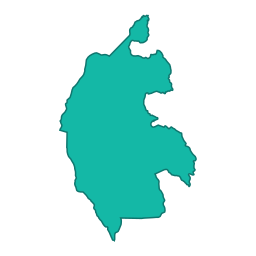 Cabanas, La Paz, Honduras
{"feature_id": "27666195B79825163063269", "entity_name": "Cabanas", "entity_type": "district", "adm_level": 2, "iso_a3": "HND", "parent_name": "Honduras", "parent_adm1": "La Paz", "projection": "natural_earth1", "projection_center": [-88.001, 13.995], "detail": "fine", "context": "isolated", "style": "filled", "palette": "teal", "viewbox_px": 256, "rotation_deg": 0, "n_neighbors": 0, "source": "geoboundaries", "source_scale": "gbopen_adm2", "svg_char_len": 5809}
<svg xmlns="http://www.w3.org/2000/svg" viewBox="0 0 256 256"><path d="M148.1,15.6L147.6,15.6L146.7,15.4L145.6,16.2L145.0,16.4L144.5,16.2L143.8,15.6L143.3,15.6L142.8,16.4L142.6,17.3L142.3,17.4L141.9,17.0L141.3,17.9L140.8,18.9L140.0,19.5L139.5,20.2L137.0,20.9L135.9,21.7L135.1,22.1L133.9,25.1L133.2,25.8L132.7,26.9L132.3,27.3L131.6,27.5L131.0,27.9L130.4,28.6L129.9,29.4L129.7,30.3L129.8,32.3L130.0,33.6L129.8,34.9L129.5,35.5L109.4,56.1L106.7,54.9L105.4,54.6L104.3,54.6L102.0,55.0L101.2,55.0L98.9,53.8L96.9,53.0L96.3,52.9L94.6,53.2L92.3,54.2L89.9,55.6L88.1,57.2L86.4,59.8L85.8,65.1L84.8,69.3L84.8,71.2L83.8,74.3L83.3,75.2L82.5,76.3L79.9,79.1L78.3,81.8L76.8,84.0L74.7,86.3L73.1,87.6L72.1,90.0L71.3,93.6L70.1,97.3L69.7,97.9L69.1,98.2L68.7,98.7L67.9,99.3L67.1,100.1L67.1,102.0L66.9,102.7L66.7,103.1L66.0,103.4L65.6,103.9L65.6,104.9L66.6,108.1L66.6,108.9L66.4,109.6L64.9,112.2L62.6,114.5L62.0,115.4L61.5,116.8L61.4,118.5L61.2,119.4L60.9,120.2L60.4,120.6L60.2,121.0L60.3,121.4L60.7,121.6L60.7,122.6L61.7,124.7L61.9,125.5L61.4,127.2L61.0,127.9L60.4,128.7L59.9,130.2L67.1,132.3L66.8,147.7L67.1,148.4L67.2,151.9L67.7,154.1L68.5,156.2L69.1,157.1L71.0,159.3L71.4,160.2L73.6,163.9L74.4,166.1L74.7,167.4L74.8,168.8L75.5,171.6L75.6,173.7L75.5,175.4L76.4,178.0L75.1,180.3L75.2,181.4L74.8,183.1L74.8,184.2L75.2,185.7L75.9,187.1L76.7,190.2L77.3,190.9L78.4,191.5L80.5,191.9L82.9,192.0L83.4,192.3L86.3,195.3L87.5,197.0L88.3,198.4L90.6,200.0L91.2,201.3L92.2,202.1L94.0,204.2L94.3,204.6L94.3,205.0L94.2,206.2L93.8,207.5L93.9,208.4L94.2,209.0L94.9,209.5L95.3,210.1L95.6,211.1L95.8,212.4L96.4,213.4L96.8,215.0L97.2,215.9L98.2,216.6L99.0,218.3L100.2,219.8L101.4,221.0L103.4,224.5L104.7,226.1L105.8,226.9L107.3,226.9L107.7,227.2L107.8,227.5L107.7,229.5L109.4,232.5L111.6,237.8L112.1,238.5L112.3,239.5L112.6,239.9L113.0,240.2L113.9,240.2L114.3,240.6L114.7,239.4L114.7,235.7L114.8,234.3L115.1,233.3L115.6,232.7L117.5,231.8L118.2,231.2L119.2,229.1L121.0,224.6L121.2,223.0L121.3,221.0L121.1,219.3L120.6,218.0L141.7,218.4L143.6,218.1L152.6,217.6L156.4,217.3L158.2,217.3L159.1,217.0L160.1,216.4L161.7,213.4L164.7,212.0L165.0,210.5L164.8,208.3L164.5,207.2L163.4,205.1L163.2,203.9L163.2,203.3L163.5,202.4L164.6,200.7L164.6,200.0L163.6,198.0L163.3,197.0L163.1,196.6L163.1,195.9L163.0,194.8L162.6,193.9L161.3,191.5L160.6,190.5L159.7,189.8L159.2,188.6L158.8,184.1L158.8,183.2L159.0,181.8L158.9,181.0L158.2,179.8L157.0,178.5L156.0,176.7L155.7,175.4L155.0,174.0L164.2,169.7L165.9,169.4L166.9,169.5L167.4,169.8L167.9,170.4L168.3,171.0L168.6,171.9L169.0,172.4L170.3,173.1L171.8,174.8L173.6,175.2L174.4,175.5L175.8,175.6L176.7,175.5L177.4,175.8L178.8,176.0L179.6,176.4L180.2,177.3L180.8,178.3L181.2,179.5L181.5,179.9L181.8,180.2L183.2,180.8L183.5,181.2L184.3,181.6L185.4,183.0L186.2,183.5L186.5,184.2L187.0,184.7L188.4,184.9L188.6,185.2L188.6,185.7L188.8,185.8L188.9,186.3L189.1,186.5L189.3,186.4L189.7,185.9L190.1,184.9L190.1,183.9L189.3,182.3L189.2,181.7L189.5,180.5L190.0,179.6L190.2,177.9L189.8,176.8L188.7,175.2L188.6,174.9L188.6,174.4L189.0,173.9L189.6,173.8L190.2,173.9L192.3,174.9L193.1,174.9L193.7,174.8L193.9,174.6L193.9,174.3L193.2,173.0L193.1,172.0L193.5,171.5L194.7,170.6L195.0,169.8L195.0,169.6L194.2,168.5L194.0,167.9L193.9,165.9L194.3,163.2L193.6,161.9L193.4,161.3L193.6,160.9L195.0,160.8L195.7,160.1L196.1,159.1L195.8,157.8L195.2,156.5L192.9,154.3L191.6,152.5L190.5,150.7L189.9,148.7L189.4,147.8L188.7,147.2L187.8,146.6L185.9,146.0L185.4,145.7L185.3,145.0L185.9,144.0L186.0,143.4L183.8,140.5L182.1,136.8L181.9,136.1L181.7,133.7L181.5,133.1L179.9,132.7L179.3,132.2L176.1,130.4L174.5,128.9L173.3,128.4L171.4,127.0L170.8,127.2L169.5,128.5L169.0,128.7L168.4,128.5L167.4,127.4L166.7,126.9L165.7,126.0L165.4,125.9L164.9,126.0L164.0,127.2L158.2,125.1L155.2,126.6L153.8,127.1L153.0,127.1L152.1,126.7L151.2,125.7L150.9,124.8L150.9,123.4L151.3,122.5L152.2,121.6L152.2,121.3L152.5,121.1L153.0,121.0L153.8,121.3L153.9,120.6L153.9,120.3L154.1,120.1L155.0,120.3L155.6,119.9L157.3,119.3L157.8,118.9L157.7,118.0L157.5,117.7L156.0,117.4L155.1,116.7L152.7,115.6L152.2,115.2L151.1,115.4L150.4,115.3L149.8,113.8L148.6,113.5L148.0,112.9L147.6,110.8L147.4,110.7L146.6,110.7L146.2,110.3L145.6,108.9L145.1,107.2L143.7,104.2L143.8,100.0L145.0,96.9L145.4,94.1L145.8,93.6L146.5,93.0L147.1,92.9L147.9,93.0L148.3,93.9L148.9,93.9L150.3,93.5L151.3,93.3L154.2,92.0L156.0,91.4L156.6,91.3L157.5,91.5L158.2,91.9L159.5,92.2L160.7,93.0L161.6,93.0L162.9,92.4L164.4,93.5L164.9,93.6L165.3,93.4L165.5,92.3L165.7,92.0L166.5,92.0L167.3,91.4L168.2,91.1L168.9,91.0L169.8,91.1L170.3,90.5L170.9,90.0L171.7,90.3L172.5,90.3L172.7,90.1L172.8,89.5L172.7,88.9L171.9,88.1L171.9,87.6L171.4,86.3L171.4,85.8L171.6,84.4L171.4,83.5L171.0,83.0L169.8,82.2L169.5,80.1L168.6,78.9L168.4,78.4L168.5,77.9L169.0,77.4L169.2,77.1L168.9,75.9L168.9,75.5L170.7,73.4L170.9,72.7L171.0,70.4L170.5,68.2L170.4,67.1L169.7,64.7L166.9,61.4L165.4,59.2L163.1,57.4L162.9,57.0L162.9,55.5L161.4,52.6L160.9,52.3L160.2,51.4L158.9,50.6L157.8,50.4L157.2,50.4L156.5,53.1L155.6,54.3L154.1,54.3L153.1,54.7L151.0,54.5L150.8,54.7L150.4,56.6L150.2,57.0L149.0,58.1L148.0,58.5L147.7,58.5L145.8,57.4L144.1,58.2L143.5,58.0L142.3,57.7L141.2,56.8L138.1,55.7L135.6,56.0L133.3,55.9L131.8,55.1L131.0,54.2L130.7,53.6L130.5,52.7L130.5,50.6L129.0,48.2L128.6,46.6L129.6,44.8L130.1,42.9L130.9,41.5L131.4,40.9L132.1,40.4L132.5,40.4L133.5,40.6L134.4,41.0L135.9,40.9L136.9,41.1L138.6,41.1L139.0,41.3L139.6,42.2L140.0,42.6L140.4,42.8L141.3,42.8L141.9,42.5L142.5,42.7L143.4,42.5L145.6,41.3L147.1,39.7L147.1,38.4L147.3,37.5L147.7,36.8L148.5,35.8L148.8,35.0L148.6,34.2L148.1,33.4L147.9,32.8L148.0,32.0L148.5,30.5L148.4,29.2L148.0,28.1L147.1,26.9L147.0,25.3L147.1,24.7L147.5,23.7L147.7,23.0L147.4,20.3L147.7,20.1L148.5,20.5L148.9,19.1L148.7,18.5L147.8,16.8L147.8,16.1L148.1,15.8L148.1,15.6Z" fill="#14b8a6" stroke="#0f766e" stroke-width="1.5"/></svg>